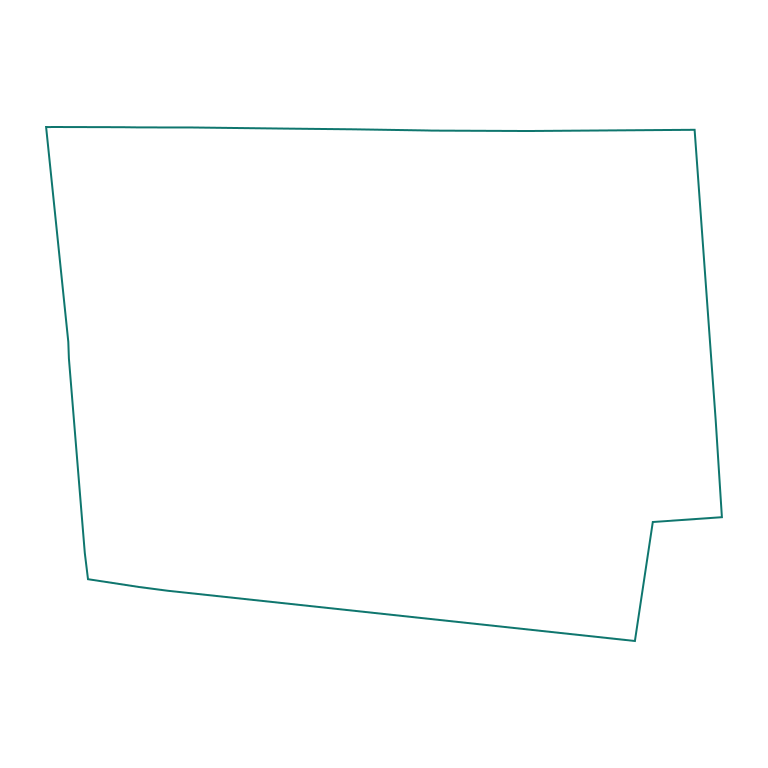 outline of Bradford, Pennsylvania, United States of America
{"feature_id": "52423323B55160091644595", "entity_name": "Bradford", "entity_type": "district", "adm_level": 2, "iso_a3": "USA", "parent_name": "United States of America", "parent_adm1": "Pennsylvania", "projection": "orthographic", "projection_center": [-76.584, 41.772], "detail": "fine", "context": "isolated", "style": "outline", "palette": "teal", "viewbox_px": 768, "rotation_deg": 0, "n_neighbors": 0, "source": "geoboundaries", "source_scale": "gbopen_adm2", "svg_char_len": 432}
<svg xmlns="http://www.w3.org/2000/svg" viewBox="0 0 768 768"><path d="M634.9,641.0L652.8,522.0L721.9,517.2L715.7,420.4L694.6,129.8L530.2,131.0L525.0,131.0L431.9,130.6L428.2,130.5L422.8,130.4L352.7,129.3L352.2,129.3L285.9,128.6L193.3,127.5L138.4,127.4L122.4,127.2L51.3,127.0L50.4,127.1L46.1,127.0L68.3,341.9L68.9,358.5L84.8,553.0L88.0,579.2L138.9,587.0L168.1,590.8L634.9,641.0Z" fill="none" stroke="#0f766e" stroke-width="2"/></svg>